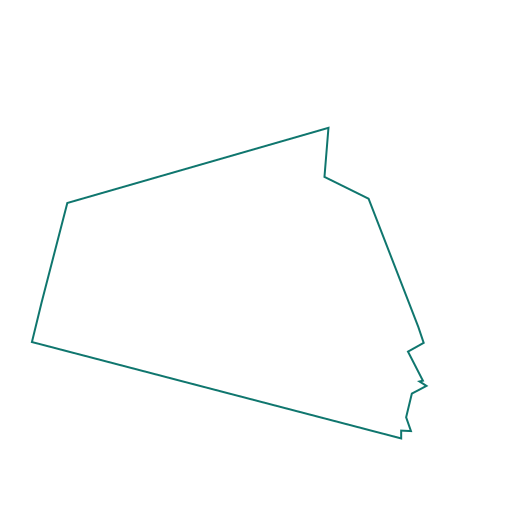 outline of Brown, Texas, United States of America, rotated 284°
{"feature_id": "52423323B78869774166833", "entity_name": "Brown", "entity_type": "district", "adm_level": 2, "iso_a3": "USA", "parent_name": "United States of America", "parent_adm1": "Texas", "projection": "albers", "projection_center": [-99.046, 31.764], "detail": "fine", "context": "isolated", "style": "outline", "palette": "teal", "viewbox_px": 512, "rotation_deg": 284, "n_neighbors": 0, "source": "geoboundaries", "source_scale": "gbopen_adm2", "svg_char_len": 378}
<svg xmlns="http://www.w3.org/2000/svg" viewBox="0 0 512 512"><g transform="rotate(284 256 256)"><path d="M118.3,59.4L114.1,441.0L121.7,439.1L123.6,448.7L135.8,440.7L160.2,440.5L171.2,452.8L173.8,445.0L175.4,448.1L200.0,426.6L212.3,439.7L226.5,430.6L338.8,351.4L349.3,303.3L397.9,295.3L261.8,60.1L159.1,59.2L118.3,59.4Z" fill="none" stroke="#0f766e" stroke-width="2"/></g></svg>